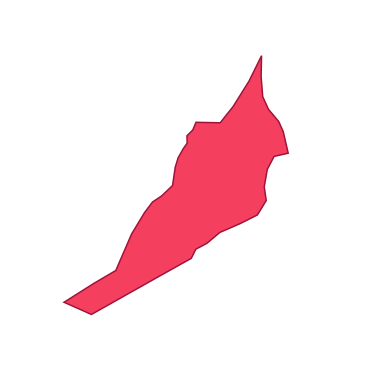 the border of Mukono, rotated 24°
{"feature_id": "UGA-3075", "entity_name": "Mukono", "entity_type": "District", "adm_level": 1, "iso_a3": "UGA", "parent_name": "Uganda", "parent_adm1": "", "projection": "robinson", "projection_center": [32.781, 0.341], "detail": "fine", "context": "isolated", "style": "filled", "palette": "rose", "viewbox_px": 384, "rotation_deg": 24, "n_neighbors": 0, "source": "natural_earth", "source_scale": "10m", "svg_char_len": 629}
<svg xmlns="http://www.w3.org/2000/svg" viewBox="0 0 384 384"><g transform="rotate(24 192 192)"><path d="M200.1,39.2L208.1,58.2L217.8,76.1L228.3,85.4L242.5,92.3L250.7,99.6L264.1,117.4L252.5,126.1L251.6,140.7L255.9,157.9L263.3,169.6L261.1,186.3L249.5,200.5L233.9,217.6L226.5,232.8L218.8,242.6L218.3,252.9L194.9,284.2L149.9,344.8L119.9,344.8L127.7,333.1L139.7,315.1L154.3,294.7L153.9,254.9L157.0,230.1L160.0,217.2L165.7,208.2L171.6,194.0L166.6,176.2L165.4,166.2L166.4,156.0L167.7,149.3L164.5,142.7L167.5,135.0L167.3,126.7L189.6,117.3L194.8,97.1L199.0,67.3L200.1,39.2Z" fill="#f43f5e" stroke="#9f1239" stroke-width="1.5"/></g></svg>